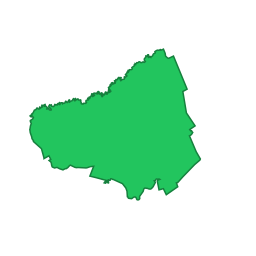 the district of Sicula, Arad, Romania, rotated 317°
{"feature_id": "2599482B64566475675092", "entity_name": "Sicula", "entity_type": "district", "adm_level": 2, "iso_a3": "ROU", "parent_name": "Romania", "parent_adm1": "Arad", "projection": "natural_earth1", "projection_center": [21.749, 46.472], "detail": "fine", "context": "isolated", "style": "filled", "palette": "green", "viewbox_px": 256, "rotation_deg": 317, "n_neighbors": 0, "source": "geoboundaries", "source_scale": "gbopen_adm2", "svg_char_len": 5577}
<svg xmlns="http://www.w3.org/2000/svg" viewBox="0 0 256 256"><g transform="rotate(317 128 128)"><path d="M158.7,200.5L159.8,200.0L161.7,191.8L167.6,175.6L168.9,176.0L170.2,176.0L172.3,175.4L172.3,174.7L172.6,173.3L171.9,172.8L172.1,171.2L178.5,172.2L181.0,156.8L193.0,138.7L197.7,139.9L210.3,106.4L205.3,104.8L204.7,103.8L204.5,101.1L206.1,98.7L207.7,94.5L205.4,93.7L205.1,93.5L205.3,93.0L205.1,92.6L204.0,92.5L203.3,91.9L202.5,91.0L200.4,90.5L199.7,90.5L199.3,91.5L198.9,91.7L197.2,91.2L196.3,91.4L195.5,92.0L194.3,92.0L193.5,91.4L192.8,92.0L192.6,91.6L192.7,90.6L192.4,90.5L191.6,90.7L191.3,90.5L192.1,89.6L192.1,89.4L191.5,89.6L191.2,89.5L191.2,89.3L191.7,88.9L192.7,88.8L192.9,88.4L192.3,87.9L190.8,88.3L190.2,87.5L189.5,88.3L188.8,88.2L188.1,88.5L187.0,88.6L186.3,89.4L186.0,91.2L184.6,91.1L184.4,90.8L184.2,89.9L182.8,89.6L182.0,88.9L181.8,87.9L181.3,87.1L179.6,87.0L179.0,86.2L177.5,86.5L177.1,85.8L176.6,86.7L175.8,86.0L174.9,86.8L172.1,86.4L171.5,87.5L170.9,87.8L170.1,87.5L168.9,86.4L167.8,87.0L167.6,86.8L167.7,86.1L167.4,85.9L166.7,86.3L166.4,87.2L166.2,87.4L165.8,87.3L165.6,86.5L165.4,86.5L164.3,87.2L162.7,87.1L162.4,87.3L162.4,88.3L162.9,88.7L162.7,89.2L160.7,89.0L160.4,88.2L160.2,88.1L159.7,88.5L159.7,89.2L158.9,89.4L158.6,89.7L156.6,88.5L155.4,88.6L155.0,88.5L155.2,87.6L157.3,86.6L157.2,86.2L156.9,86.0L155.4,85.9L155.4,85.5L156.0,85.2L155.9,84.8L154.6,84.7L153.5,85.3L153.0,85.3L152.8,85.2L152.4,84.4L151.7,84.5L151.3,84.9L150.4,84.3L150.2,84.7L150.6,85.4L149.3,85.7L149.2,86.0L149.5,86.3L149.2,86.5L148.0,85.9L148.1,85.6L146.7,85.6L146.6,85.1L147.6,84.3L146.7,83.8L146.1,84.3L144.8,84.2L144.9,85.0L144.6,85.4L144.3,85.3L144.0,84.9L143.6,84.8L143.3,84.9L143.2,85.5L142.3,85.1L141.2,85.2L141.1,86.4L140.8,86.6L140.4,86.4L140.1,86.7L140.6,87.1L140.8,87.8L140.4,87.9L139.4,87.2L139.2,87.4L139.4,87.9L140.5,88.8L140.6,89.3L140.3,89.5L139.1,89.0L138.9,88.0L138.5,88.2L138.5,89.2L137.7,88.8L137.4,87.9L137.1,87.8L136.6,88.0L136.2,88.9L135.8,89.0L135.3,88.4L136.3,86.8L136.3,86.5L135.6,86.4L134.3,87.3L133.6,87.0L133.4,87.5L133.2,87.6L132.9,87.4L132.7,86.9L133.0,86.2L132.9,86.0L132.3,85.6L132.0,85.6L131.7,85.9L131.5,87.2L131.2,87.5L130.6,87.5L130.4,87.4L130.5,86.7L131.2,84.7L131.8,84.7L132.3,85.0L132.8,84.7L132.6,84.2L132.4,84.1L130.4,83.8L130.4,83.4L130.9,82.9L130.8,82.5L131.4,82.1L131.3,81.6L129.6,82.5L129.1,82.4L129.1,82.0L129.3,81.8L131.1,81.3L131.1,81.0L130.9,80.9L129.6,81.0L128.5,81.4L128.1,81.3L128.0,80.5L127.0,79.3L126.4,79.3L125.8,79.7L125.5,79.6L125.2,79.2L125.2,78.7L124.9,78.3L124.2,78.6L124.0,79.4L124.2,79.8L125.8,80.7L125.9,80.9L125.7,81.3L123.8,81.0L123.6,80.9L123.3,79.7L122.8,79.3L122.0,79.4L121.2,79.9L120.9,79.1L120.6,79.0L120.3,80.1L119.9,80.2L119.2,78.9L118.8,78.8L118.5,79.0L118.3,80.3L118.2,80.4L116.5,79.3L116.0,79.3L115.0,80.2L115.1,80.9L113.9,81.2L112.6,79.8L112.2,79.6L112.0,79.9L111.6,79.9L111.3,79.7L111.3,79.4L110.6,78.9L110.5,78.2L111.3,77.2L111.4,76.3L112.3,75.7L112.5,75.1L111.1,74.1L111.0,73.4L111.3,72.7L111.2,72.5L109.8,72.3L109.2,72.0L109.7,70.9L109.6,70.5L108.9,70.7L108.2,71.9L107.7,71.9L107.5,71.3L108.3,70.2L108.3,69.8L108.1,69.3L105.7,69.9L104.0,69.2L102.8,69.3L102.7,69.1L103.0,68.6L104.3,67.8L104.2,67.3L103.8,67.3L101.6,67.9L100.9,67.9L100.7,67.3L100.9,66.5L100.8,66.0L100.2,66.0L99.0,66.6L98.2,66.4L97.8,65.8L96.8,65.7L97.2,65.0L97.1,64.7L96.4,64.0L95.4,63.7L95.3,62.8L94.6,62.9L94.4,63.3L94.5,64.1L94.2,64.4L93.9,64.2L93.7,63.8L93.7,62.4L93.3,62.3L91.9,62.9L91.7,62.8L91.5,61.9L90.8,61.6L90.6,60.9L90.1,61.0L89.8,61.5L89.1,61.4L88.3,61.6L87.8,61.2L87.0,59.9L87.2,59.4L87.6,59.1L87.7,58.7L86.7,58.3L86.5,57.6L85.2,57.9L84.5,58.5L84.3,58.9L84.7,60.4L84.7,61.2L84.4,62.2L83.9,62.4L83.0,61.4L82.9,61.0L83.1,60.1L82.9,59.4L81.9,59.0L81.6,58.7L83.0,57.8L82.8,55.8L81.9,55.5L81.8,55.3L83.2,54.7L83.4,54.2L82.2,53.8L81.6,53.9L80.8,53.8L80.7,53.6L80.7,52.7L79.8,53.0L79.9,53.7L79.6,54.2L78.2,53.8L77.4,53.8L77.4,53.5L77.8,52.9L77.7,52.5L77.3,52.6L76.7,53.6L75.9,53.5L75.4,52.9L75.4,51.9L75.1,51.3L73.1,51.7L71.7,51.1L68.9,52.2L67.3,52.1L67.1,52.2L66.8,53.0L66.5,53.2L66.1,53.0L65.5,52.3L64.7,52.3L64.5,52.8L64.7,53.7L65.9,54.8L66.1,55.4L66.1,55.7L64.4,56.4L61.7,55.9L61.5,56.2L61.5,56.7L60.9,56.8L60.4,58.7L58.0,60.0L55.8,61.8L55.3,62.0L53.3,64.8L51.4,69.1L50.7,70.0L50.2,71.6L50.4,72.4L50.3,72.7L49.6,73.4L50.6,84.1L46.2,92.5L45.7,93.1L51.2,94.4L50.1,98.3L48.1,97.9L48.4,100.3L47.9,101.5L46.8,103.1L46.6,103.6L46.1,104.5L46.1,105.0L47.0,107.1L49.2,108.4L50.3,111.4L51.9,114.3L54.0,114.8L55.3,115.7L57.2,115.9L58.8,115.7L60.5,115.8L62.4,120.7L63.4,122.0L64.4,122.7L70.0,128.5L70.8,129.1L74.0,130.5L76.8,132.6L67.3,137.2L70.9,142.7L76.5,151.7L74.0,151.6L73.3,151.8L73.6,152.1L73.6,152.8L73.9,153.0L74.5,153.1L75.0,152.8L76.0,153.0L75.9,154.5L76.1,154.8L76.3,154.9L76.6,154.7L77.6,152.6L78.1,152.4L78.5,152.6L78.7,153.7L79.2,154.0L79.6,154.0L80.6,153.3L81.1,153.6L81.5,154.4L81.6,155.0L82.0,155.3L86.0,164.9L85.5,170.4L84.2,173.5L80.7,177.8L80.9,178.1L80.5,179.2L80.5,179.7L80.8,180.2L82.5,182.2L84.7,182.4L85.9,183.0L86.4,183.7L86.4,184.2L86.3,184.9L85.8,185.9L85.7,186.6L85.9,187.0L86.4,187.5L87.0,187.8L87.8,187.8L88.3,187.7L88.8,187.3L89.3,186.4L90.0,185.9L95.8,184.7L97.9,183.4L98.4,183.3L99.3,183.4L99.6,183.7L101.1,185.5L101.7,186.8L102.1,187.3L102.8,188.0L103.8,188.3L106.3,188.1L110.8,186.5L111.0,186.2L111.2,184.5L112.3,185.0L112.7,184.8L113.6,184.6L114.2,184.8L114.9,185.9L115.9,186.4L116.2,187.2L114.4,186.5L113.5,186.6L113.2,186.8L108.5,194.4L112.5,196.5L110.5,202.9L124.3,204.9L126.0,201.1L127.2,201.8L134.8,201.1L151.8,200.2L158.7,200.5Z" fill="#22c55e" stroke="#15803d" stroke-width="1.5"/></g></svg>